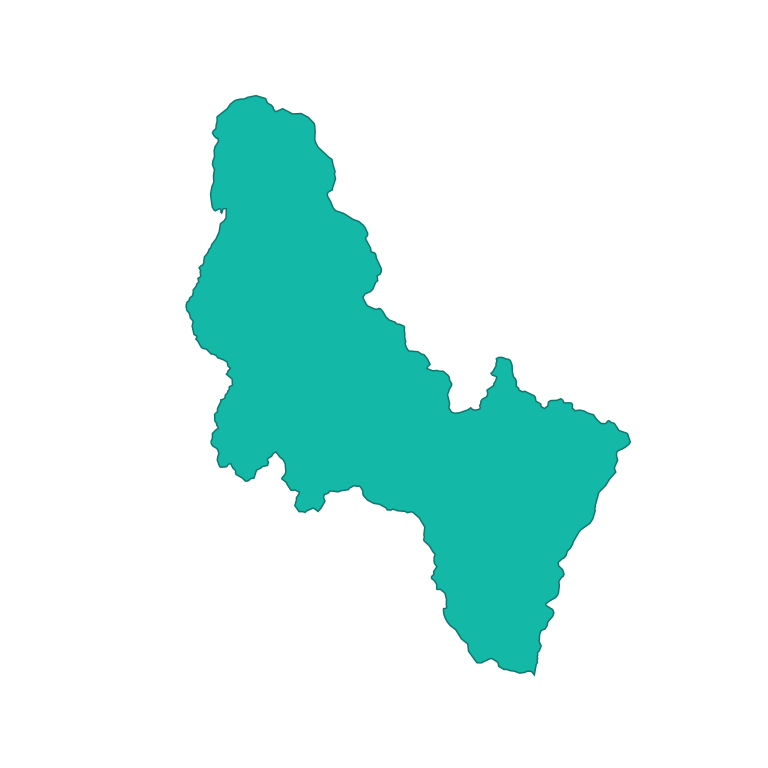 the district of Urubamba, Cusco, Peru, rotated 215°
{"feature_id": "86281439B1367773994122", "entity_name": "Urubamba", "entity_type": "district", "adm_level": 2, "iso_a3": "PER", "parent_name": "Peru", "parent_adm1": "Cusco", "projection": "mercator", "projection_center": [-72.303, -13.268], "detail": "fine", "context": "isolated", "style": "filled", "palette": "teal", "viewbox_px": 768, "rotation_deg": 215, "n_neighbors": 0, "source": "geoboundaries", "source_scale": "gbopen_adm2", "svg_char_len": 6142}
<svg xmlns="http://www.w3.org/2000/svg" viewBox="0 0 768 768"><g transform="rotate(215 384 384)"><path d="M644.7,549.9L654.2,546.8L660.2,540.5L661.9,537.3L665.2,534.9L668.7,530.8L670.4,525.1L670.3,519.6L674.0,507.1L671.2,503.2L670.2,500.3L668.2,496.8L669.0,493.5L668.5,491.2L665.2,489.7L662.2,489.3L661.1,489.9L659.2,488.2L658.7,487.3L658.5,481.5L657.2,478.0L653.3,473.1L652.0,468.4L650.4,465.4L645.7,462.2L643.3,457.0L639.2,451.8L638.2,447.0L634.9,439.9L626.5,430.7L623.1,429.0L621.3,429.2L620.1,432.1L618.9,433.4L617.4,433.1L616.1,431.1L615.0,430.9L616.3,435.4L613.7,437.2L608.6,429.3L608.6,425.8L609.9,421.5L606.2,413.8L604.8,406.4L605.1,399.3L604.1,396.6L604.5,394.1L603.6,390.2L604.0,385.2L602.2,381.4L601.2,380.4L600.8,377.6L601.9,375.4L602.1,373.1L599.2,371.7L598.9,370.4L596.2,367.4L595.9,366.4L597.0,363.8L594.3,361.3L594.7,358.6L593.9,356.0L594.3,351.7L592.5,349.1L591.5,346.3L592.5,343.3L591.6,340.2L592.3,338.2L591.6,335.9L590.6,334.0L587.7,331.2L583.8,330.1L580.4,327.0L576.3,326.0L574.4,321.4L568.1,315.6L564.7,315.8L564.1,315.1L563.9,312.9L561.3,312.4L555.0,309.4L553.1,309.2L549.4,310.7L542.7,309.4L541.7,310.3L538.1,311.1L535.1,310.2L529.7,311.7L525.2,312.1L522.1,309.2L518.9,308.8L519.2,304.8L518.7,303.8L518.7,301.6L511.3,301.0L507.5,296.2L509.1,293.0L507.6,290.4L507.8,288.7L507.1,286.3L507.7,284.2L506.3,281.2L506.9,279.4L508.6,277.4L507.5,275.8L506.4,268.6L504.6,265.8L505.4,262.0L501.3,256.7L498.2,255.5L497.5,254.3L495.5,253.7L494.3,252.6L495.3,250.3L496.2,245.1L493.5,241.2L492.8,237.9L491.5,236.3L489.0,235.0L483.9,235.3L481.5,234.2L479.2,231.9L478.5,229.2L477.0,226.1L472.0,222.5L470.3,222.0L466.1,225.3L465.5,226.3L465.5,229.0L464.0,230.9L459.9,228.6L455.6,227.8L454.8,226.2L453.1,225.0L446.4,225.8L441.9,225.0L440.8,225.5L439.5,227.3L438.9,230.1L436.5,232.3L438.8,239.5L438.7,241.0L436.9,243.9L436.2,246.7L432.7,250.4L433.6,253.5L436.0,255.0L436.5,256.3L434.6,260.2L435.0,263.2L433.6,266.4L426.9,264.3L423.2,264.2L419.3,262.1L414.1,255.8L413.2,253.1L413.7,248.6L413.4,247.7L407.2,247.3L405.8,246.2L399.3,243.6L397.4,244.7L396.2,246.1L391.2,246.9L390.6,245.3L390.5,240.5L389.2,238.8L387.3,233.2L380.4,230.7L377.2,232.9L375.1,233.5L374.2,236.4L370.7,241.9L364.9,241.8L364.4,246.3L365.1,254.1L368.1,256.1L369.0,257.5L369.3,259.3L367.2,262.4L366.8,265.5L359.7,269.4L357.7,272.2L352.6,277.0L352.5,279.0L350.1,283.8L347.5,284.6L346.1,286.1L344.3,286.2L339.9,284.3L338.6,282.2L337.0,280.9L331.1,279.5L324.0,280.3L318.8,282.9L311.4,283.7L309.2,282.7L306.0,284.7L305.0,286.6L300.1,288.0L294.0,291.6L290.9,292.1L288.7,294.7L286.9,295.5L278.5,294.6L268.5,290.2L264.9,283.4L263.1,281.7L262.4,279.5L261.2,278.5L254.1,277.5L247.1,274.4L244.5,274.1L243.5,270.7L241.6,267.9L239.8,266.0L235.9,264.7L235.8,258.8L234.0,256.8L234.6,253.5L233.4,251.9L229.8,251.8L226.0,250.2L223.2,246.2L221.8,246.6L220.3,248.1L214.2,247.7L209.3,243.5L206.5,239.1L204.5,237.0L204.6,235.8L206.3,234.2L206.2,233.6L203.0,229.8L199.5,227.3L195.4,225.3L191.0,224.1L184.5,223.9L174.4,219.6L166.3,219.1L161.5,213.6L150.0,209.6L147.9,209.0L144.4,211.3L139.6,219.8L138.0,221.0L131.8,221.3L130.7,221.0L128.0,218.5L122.1,218.9L119.9,220.5L116.1,221.6L112.9,223.4L107.2,224.9L103.7,228.0L101.6,231.2L99.0,232.8L97.5,233.0L94.0,231.9L98.5,241.6L98.6,243.9L100.3,245.6L100.7,247.4L102.3,248.6L102.7,250.4L104.1,251.6L103.8,254.7L105.1,259.7L109.1,261.9L113.0,268.3L113.8,272.4L111.6,275.7L111.9,280.0L113.3,282.9L112.6,290.3L113.6,294.0L116.5,296.0L124.3,295.5L125.4,296.5L124.1,300.8L121.0,307.5L120.7,310.7L121.6,313.6L124.8,319.5L127.5,322.5L127.7,327.3L126.9,329.1L127.4,331.4L131.0,334.3L136.5,335.2L139.0,337.6L137.9,342.6L136.8,344.8L136.5,348.2L137.9,351.9L137.2,356.8L137.7,361.4L138.4,362.9L139.4,374.6L139.1,377.6L135.4,388.1L135.7,393.5L138.3,401.3L140.1,403.1L140.5,404.8L141.5,406.3L145.8,418.5L144.2,428.0L144.7,435.2L143.6,444.8L146.0,446.3L147.4,448.0L148.8,455.4L152.4,458.6L154.1,461.2L154.2,462.8L153.5,464.5L151.6,467.3L149.7,471.8L148.8,475.2L148.9,477.7L155.8,482.8L157.1,482.9L164.8,480.7L172.6,483.8L176.6,482.7L178.0,483.1L179.3,482.4L179.6,479.4L180.3,478.2L183.8,476.1L190.3,477.2L194.7,479.0L200.5,477.0L204.3,476.7L208.4,475.1L212.3,471.7L215.7,472.2L217.9,475.2L219.1,475.8L220.3,475.6L225.6,471.9L228.9,473.5L230.7,473.3L232.9,469.9L238.1,465.9L238.9,463.5L237.1,459.6L238.1,457.7L238.1,456.2L241.0,455.6L242.3,455.6L244.3,457.6L249.7,457.1L252.6,460.0L254.2,460.5L264.5,458.8L265.8,457.2L270.0,456.4L271.2,457.7L274.4,458.1L277.4,462.3L279.2,463.6L282.1,464.2L285.8,467.5L289.9,472.9L293.8,475.6L295.8,475.8L298.4,474.5L302.2,473.7L305.3,471.6L306.5,469.1L304.8,467.7L303.8,464.7L302.6,463.2L302.0,456.4L302.5,454.2L300.5,453.4L296.3,454.5L295.4,454.1L294.3,450.2L294.3,447.7L293.2,445.7L296.1,438.1L293.3,435.4L292.5,432.5L294.7,428.0L294.8,426.3L294.6,425.0L293.5,423.7L293.3,421.3L291.6,419.9L291.2,418.3L294.5,414.6L297.7,413.9L299.3,414.3L300.5,410.8L305.8,403.6L309.3,400.6L312.6,399.7L317.2,401.7L319.1,405.7L325.8,411.6L327.5,417.5L327.7,421.1L328.6,423.0L332.3,424.6L334.3,426.8L336.4,427.8L342.8,428.4L345.9,426.3L348.5,425.4L351.6,422.8L357.6,421.3L358.2,422.4L357.5,426.5L362.5,429.3L368.1,431.0L370.3,430.0L374.7,429.9L382.8,425.2L386.1,426.5L389.9,429.1L390.5,431.2L393.9,434.2L396.1,437.5L398.5,439.9L399.5,442.0L400.9,442.8L405.7,441.8L407.9,440.4L410.3,441.0L416.4,439.4L421.1,440.1L426.0,442.5L430.0,443.6L431.8,442.7L432.6,441.1L435.0,440.0L441.8,438.6L443.8,438.9L449.9,442.1L451.1,443.6L451.2,446.9L448.2,451.7L447.5,455.1L449.1,462.5L448.4,465.0L451.6,468.7L450.2,471.9L450.8,474.9L452.6,477.1L462.0,482.4L465.3,485.5L467.2,486.0L470.3,484.8L473.2,487.8L482.3,492.3L482.9,493.3L482.7,496.3L483.8,498.1L489.1,501.2L492.3,502.2L497.7,502.7L503.7,501.1L514.8,500.6L523.1,498.2L526.8,499.2L532.5,502.9L537.3,505.1L539.2,506.7L539.8,509.1L537.6,513.5L538.5,514.7L541.3,524.2L545.0,527.6L545.9,530.0L551.5,534.3L555.5,538.2L559.4,538.1L574.0,540.2L578.6,542.7L581.0,544.6L585.3,551.4L589.5,556.5L590.7,557.3L598.8,559.0L606.9,558.1L613.8,552.8L624.9,551.4L628.4,545.6L629.4,544.9L632.0,545.7L633.6,547.1L636.5,547.8L639.8,547.3L641.5,547.8L644.7,549.9Z" fill="#14b8a6" stroke="#0f766e" stroke-width="1.5"/></g></svg>